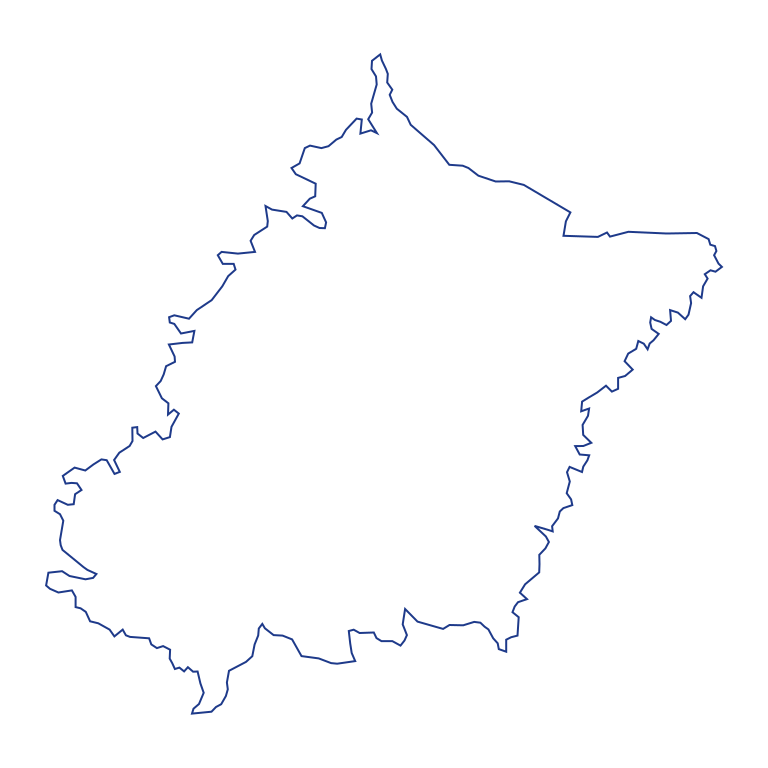 outline of Jari, Rio Grande do Sul, Brazil
{"feature_id": "56859067B68969944095338", "entity_name": "Jari", "entity_type": "district", "adm_level": 2, "iso_a3": "BRA", "parent_name": "Brazil", "parent_adm1": "Rio Grande do Sul", "projection": "robinson", "projection_center": [-54.306, -29.276], "detail": "fine", "context": "isolated", "style": "outline", "palette": "blue", "viewbox_px": 768, "rotation_deg": 0, "n_neighbors": 0, "source": "geoboundaries", "source_scale": "gbopen_adm2", "svg_char_len": 3859}
<svg xmlns="http://www.w3.org/2000/svg" viewBox="0 0 768 768"><path d="M192.0,713.6L211.5,711.7L216.0,707.0L221.2,704.2L225.9,696.0L227.8,689.3L226.9,682.5L229.0,670.8L246.0,661.9L252.3,656.2L254.6,644.5L258.2,635.5L258.8,628.5L262.3,623.9L264.9,628.3L273.6,635.1L282.6,635.6L292.1,639.4L301.5,656.1L318.7,658.4L331.1,663.1L337.2,663.7L355.2,661.1L351.7,653.0L350.2,643.4L348.8,631.0L353.7,629.7L359.6,633.0L373.8,632.5L376.5,638.1L381.4,641.1L392.3,641.1L400.5,645.6L404.5,640.5L406.9,635.1L404.6,629.2L402.7,624.4L405.1,609.0L417.5,621.6L436.7,627.1L443.1,628.9L449.5,625.0L463.2,625.3L474.2,621.9L480.4,622.7L484.6,626.7L488.4,629.4L493.2,638.3L497.7,643.3L498.8,649.1L506.2,651.7L506.2,639.7L511.2,637.2L517.5,635.6L518.7,617.2L512.5,612.2L514.7,606.5L518.0,602.2L527.0,599.1L519.9,592.7L525.1,584.3L539.2,572.4L539.5,564.1L539.3,554.8L545.4,548.4L548.9,542.0L545.9,536.5L534.6,525.9L547.8,529.8L552.7,531.4L552.1,526.2L558.0,518.4L559.8,511.5L563.4,508.1L572.3,505.1L571.1,499.4L566.7,493.2L569.8,481.5L567.0,472.2L569.6,466.9L582.0,472.0L583.3,466.6L587.4,460.3L589.2,455.3L579.7,454.5L575.2,446.1L583.3,446.0L591.3,442.8L583.2,434.9L582.6,424.9L588.0,415.8L589.1,408.5L581.2,411.3L582.1,401.6L589.1,397.3L597.2,392.5L606.0,385.7L611.9,391.6L618.1,388.8L618.1,377.9L625.1,376.0L632.7,369.6L624.6,361.2L628.2,353.6L636.2,348.8L638.3,341.0L643.8,343.7L647.6,349.3L649.7,343.5L653.5,340.3L658.7,333.9L651.6,328.9L650.2,322.5L651.1,317.3L654.9,320.0L660.4,321.8L666.5,325.0L671.0,320.9L670.1,310.1L677.9,312.6L685.2,319.2L688.5,314.7L691.1,303.1L690.1,296.1L693.5,292.2L701.5,297.8L703.1,286.3L707.6,278.6L704.8,274.2L710.5,270.3L715.5,271.7L721.9,266.9L718.5,263.6L714.1,255.2L716.4,251.0L715.0,246.1L710.3,244.7L708.6,239.1L696.9,233.0L666.6,233.5L628.4,231.8L610.0,236.6L607.0,232.5L597.9,236.9L563.5,235.8L565.9,221.3L570.4,212.4L523.8,184.9L509.1,181.3L495.7,181.5L478.4,175.7L468.4,168.0L462.7,165.7L449.3,164.8L434.1,145.1L410.7,124.8L407.0,116.9L396.8,108.7L392.5,101.9L389.7,94.8L392.3,89.7L387.2,82.5L387.8,73.9L385.9,68.9L381.9,60.5L380.2,54.4L372.0,60.8L371.5,69.1L376.0,76.4L376.7,84.5L371.2,103.7L372.1,112.6L368.2,119.2L376.9,133.1L371.0,130.3L360.4,133.6L361.8,119.5L356.6,118.6L346.0,129.8L341.7,137.0L336.3,139.6L328.5,146.2L321.4,148.1L310.0,145.6L304.8,148.1L299.6,163.4L291.5,168.0L295.8,174.2L315.7,183.7L315.2,196.3L309.8,198.7L302.9,206.2L321.8,212.9L326.1,222.4L324.9,228.2L319.5,228.0L314.0,225.5L302.4,216.3L297.0,215.4L292.3,218.5L286.5,211.9L272.0,209.6L265.5,206.0L267.8,221.1L267.2,226.6L254.2,235.0L250.6,240.8L255.0,251.9L237.9,253.6L221.6,251.9L217.8,255.2L222.8,263.9L233.7,263.9L235.5,269.6L228.2,276.1L222.3,286.3L211.7,300.1L196.8,310.1L189.0,318.7L174.3,315.3L169.1,317.2L169.8,322.5L174.3,323.9L181.0,333.5L194.4,330.9L192.2,342.4L182.7,342.9L168.9,344.5L174.6,356.5L175.0,361.8L166.1,366.2L163.7,374.4L160.7,381.0L155.9,386.1L161.9,398.3L168.4,403.3L168.0,414.6L173.9,409.7L178.8,413.6L171.5,426.8L169.9,437.1L162.6,439.4L155.5,431.6L143.2,438.0L137.5,433.5L137.2,427.1L132.3,427.7L132.5,441.0L129.6,446.0L119.3,452.7L114.1,460.0L119.8,471.9L114.5,473.9L106.7,460.2L101.4,459.4L93.5,464.4L85.3,470.5L74.6,467.6L62.8,475.9L65.6,483.6L71.5,482.9L77.0,483.3L81.5,490.0L75.1,494.2L73.7,504.2L67.8,504.8L57.6,500.1L54.5,504.8L54.5,510.8L60.0,514.2L63.3,520.7L60.0,540.1L60.7,545.2L62.5,549.9L83.5,567.1L87.4,569.9L96.4,574.0L93.1,577.9L85.5,579.3L69.5,576.0L62.1,571.2L48.4,572.7L46.1,585.5L50.0,588.8L58.4,592.5L71.9,590.4L75.6,596.9L75.6,607.1L80.6,608.3L85.8,611.9L90.1,621.3L98.3,623.3L109.6,629.6L114.4,636.4L122.7,629.6L125.9,635.3L130.0,636.9L149.1,638.3L151.3,644.4L156.9,648.1L163.1,646.1L170.1,649.7L169.7,658.6L172.3,663.3L174.9,669.0L179.4,667.6L184.1,671.4L187.9,667.2L193.1,671.7L197.6,671.5L200.4,683.4L203.7,692.8L199.0,704.0L193.5,708.7L192.0,713.6Z" fill="none" stroke="#1e3a8a" stroke-width="2"/></svg>